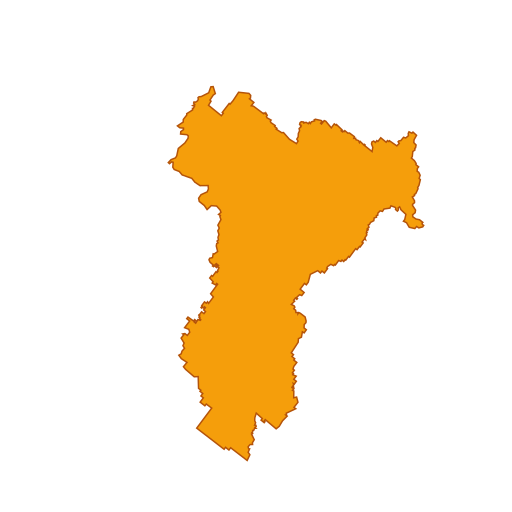 Cootamundra-Gundagai, New South Wales, Australia (Equal Earth projection), rotated 209°
{"feature_id": "25037944B16131127641558", "entity_name": "Cootamundra-Gundagai", "entity_type": "district", "adm_level": 2, "iso_a3": "AUS", "parent_name": "Australia", "parent_adm1": "New South Wales", "projection": "equal_earth", "projection_center": [148.025, -34.809], "detail": "fine", "context": "isolated", "style": "filled", "palette": "amber", "viewbox_px": 512, "rotation_deg": 209, "n_neighbors": 0, "source": "geoboundaries", "source_scale": "gbopen_adm2", "svg_char_len": 6153}
<svg xmlns="http://www.w3.org/2000/svg" viewBox="0 0 512 512"><g transform="rotate(209 256 256)"><path d="M174.1,439.4L178.8,440.5L179.2,439.0L182.4,438.8L182.3,437.0L181.0,435.1L182.3,431.8L184.5,431.4L185.3,427.1L186.8,426.0L187.1,424.8L185.3,423.9L186.2,420.6L195.2,421.5L195.3,420.5L197.0,420.7L197.3,418.6L204.2,419.9L204.9,415.3L206.3,415.5L206.6,413.2L208.8,413.6L209.9,412.0L209.3,410.0L206.5,407.6L205.1,403.6L214.5,405.2L214.4,406.0L215.4,406.2L215.6,405.4L220.4,406.7L220.5,405.3L222.2,406.6L225.0,406.2L226.0,407.3L227.5,406.3L227.8,408.1L233.8,408.9L235.3,408.0L239.1,408.7L239.3,407.4L240.5,407.5L240.6,406.5L242.2,406.8L242.0,408.1L249.3,410.0L249.4,409.2L251.6,409.5L252.3,404.6L260.3,407.7L262.0,407.5L262.7,403.2L263.8,403.4L263.4,405.8L264.7,406.1L270.4,404.4L271.1,403.3L270.3,402.6L272.6,400.2L272.7,398.2L274.2,398.8L274.4,397.1L277.0,397.2L278.7,395.5L279.3,396.3L281.5,395.4L282.1,394.1L281.7,392.3L280.0,392.2L280.3,391.4L279.3,390.9L280.1,388.4L278.6,386.6L278.4,383.7L276.9,380.7L277.0,378.0L274.9,376.9L275.1,373.9L283.3,374.3L291.8,377.3L293.3,376.3L299.8,376.7L299.6,377.8L302.5,378.3L302.5,379.4L307.6,379.9L308.9,380.9L308.7,382.2L313.4,382.2L314.6,383.2L314.4,384.5L316.8,385.9L316.7,384.9L318.3,385.1L318.5,384.1L330.8,385.8L333.0,385.1L332.3,389.3L337.9,390.3L337.4,391.4L338.5,393.9L341.0,394.8L350.6,390.8L351.4,380.6L352.3,376.2L353.4,376.4L355.1,365.2L353.8,365.0L354.3,361.9L370.6,364.8L370.4,369.6L371.9,370.1L371.4,376.1L370.3,378.3L375.6,383.4L377.5,382.1L376.5,375.8L381.2,368.9L383.0,367.7L383.5,366.4L382.4,365.1L382.4,363.2L383.5,361.2L384.9,360.7L384.7,359.5L383.1,358.8L384.2,356.9L382.4,357.3L382.4,354.6L383.1,354.3L382.3,352.9L385.6,346.9L384.9,345.8L385.8,340.2L384.6,337.9L387.8,331.7L384.8,331.2L381.4,332.7L380.7,331.4L382.1,328.3L381.1,326.1L375.2,328.6L373.5,328.3L372.5,326.0L373.0,320.4L376.1,312.4L373.9,305.2L374.0,302.8L377.0,299.1L378.0,295.2L376.4,294.8L375.4,297.4L373.9,297.8L371.8,293.3L369.5,292.0L364.1,292.7L359.9,291.1L349.8,292.8L345.2,290.9L339.1,290.4L332.0,294.4L330.1,291.5L329.8,288.4L333.8,283.0L334.2,278.7L332.1,276.2L325.7,275.1L321.3,272.9L319.5,278.4L314.6,280.6L309.6,278.8L307.8,277.2L308.9,274.2L306.8,274.2L306.7,273.0L304.3,270.8L304.3,264.5L301.7,262.6L301.6,259.5L298.8,256.8L298.3,253.9L296.6,251.8L297.3,250.2L295.6,249.1L296.4,247.8L295.6,245.5L291.7,241.3L293.6,237.4L294.5,237.2L293.3,233.5L295.4,231.6L295.3,229.9L293.1,228.2L289.0,227.4L289.2,226.2L288.0,226.1L287.8,227.3L284.9,226.8L284.7,228.4L287.5,228.9L287.0,230.1L284.2,229.6L284.5,228.0L282.7,227.7L282.5,224.3L281.9,224.2L282.1,222.6L283.4,222.8L284.1,217.2L285.4,217.4L285.8,214.3L281.0,212.7L281.2,211.1L277.3,211.1L277.1,212.9L275.9,212.7L277.4,201.0L273.4,199.5L274.5,191.6L276.2,192.5L276.5,190.6L278.8,190.9L279.4,186.4L278.8,186.3L279.1,184.3L278.2,184.1L278.0,185.4L276.7,185.1L276.5,186.6L275.2,186.3L275.6,183.5L273.2,182.9L273.6,180.4L276.5,180.8L277.1,176.8L278.0,176.6L276.1,176.3L276.3,174.9L274.9,174.7L275.0,172.9L273.8,172.8L273.3,174.1L273.5,172.7L276.0,172.2L276.2,168.0L277.9,168.3L277.6,170.4L278.8,170.7L279.1,168.9L285.9,169.6L286.2,167.6L282.5,167.0L283.7,158.7L279.2,159.3L277.0,157.2L277.6,153.2L280.6,153.7L282.3,152.3L281.0,152.0L281.7,147.9L276.7,145.0L276.4,142.1L273.8,140.7L274.6,136.9L274.0,134.2L275.4,131.8L271.5,130.0L264.8,129.5L265.8,124.0L262.6,122.7L251.5,120.4L248.1,122.5L242.1,112.4L239.2,111.9L239.4,110.5L235.9,109.9L236.3,106.9L233.3,106.4L234.0,101.1L228.1,100.2L227.7,102.4L221.0,101.5L224.4,76.7L190.2,71.5L189.9,73.9L185.6,73.2L185.2,76.0L164.6,72.9L165.0,79.2L167.7,80.5L168.1,84.2L169.0,83.8L170.4,85.3L169.8,88.2L167.6,89.5L168.6,90.9L168.5,94.5L173.6,98.1L172.9,99.1L174.0,99.6L173.6,100.4L174.3,101.8L173.5,102.4L173.7,104.7L172.8,105.2L173.8,105.4L173.2,106.9L174.0,107.9L175.2,107.4L175.5,110.0L177.2,111.2L178.6,113.9L179.6,118.7L171.7,116.9L172.0,114.9L168.0,114.2L167.8,115.4L168.8,115.6L168.6,117.4L154.6,114.6L153.1,118.3L152.9,124.7L151.1,131.1L153.0,131.4L152.4,132.0L153.3,133.2L147.2,141.7L149.4,142.0L148.4,148.4L152.1,152.3L154.3,150.3L157.5,156.3L158.9,156.2L158.5,158.4L160.0,160.1L160.3,158.3L160.9,158.5L160.6,161.5L161.5,162.5L160.4,162.3L160.0,166.0L163.2,166.5L162.6,170.4L166.3,170.0L166.2,171.3L167.5,171.5L167.1,174.7L168.8,175.0L169.4,177.7L168.7,182.7L172.5,183.3L172.3,184.9L175.8,185.5L175.4,187.9L178.2,188.4L177.3,201.0L178.8,204.3L176.9,207.0L178.7,212.2L176.6,212.1L176.2,215.9L179.1,216.4L180.6,219.4L180.0,221.9L180.7,223.5L183.5,226.5L189.5,227.4L191.1,227.3L191.3,225.9L191.8,226.9L193.7,225.9L195.0,227.8L197.4,228.2L197.2,230.1L198.5,230.9L201.6,230.8L200.3,235.2L201.6,235.5L201.2,238.3L199.3,237.9L199.1,238.9L200.5,239.1L199.9,241.0L199.1,243.3L196.8,243.6L196.2,247.4L201.3,248.4L200.3,255.5L198.0,255.2L197.6,258.4L199.6,266.3L194.9,273.1L191.4,272.4L191.0,274.8L188.0,274.3L187.3,279.6L188.3,279.7L188.3,281.5L186.5,285.0L183.4,285.2L183.1,286.7L182.2,286.6L181.5,292.1L179.1,292.4L178.8,294.1L176.6,293.7L176.3,296.0L175.5,295.9L174.8,300.5L173.7,300.3L172.4,310.7L170.7,310.5L170.1,314.5L169.3,314.4L168.6,319.4L170.0,319.6L169.4,323.5L168.2,323.4L169.6,324.7L169.3,328.2L170.4,329.2L170.2,330.3L170.9,330.3L171.6,333.1L170.7,332.8L170.8,333.7L171.9,334.1L171.1,335.8L172.9,337.7L172.1,338.7L172.1,340.9L170.1,344.0L171.1,346.6L169.4,348.3L170.3,349.8L169.3,350.7L170.2,352.6L169.3,355.7L167.0,356.3L166.8,359.2L162.1,362.8L162.3,365.3L158.1,366.0L156.9,365.6L156.5,364.3L154.1,363.8L153.8,365.3L155.0,367.1L154.2,368.6L151.6,366.7L145.1,365.1L143.6,360.0L143.9,357.9L140.5,358.1L135.9,355.4L130.4,357.0L129.8,359.7L127.2,359.5L124.3,362.3L124.2,364.1L125.8,364.2L126.7,365.3L126.4,366.3L130.6,367.0L134.0,365.9L137.8,366.3L139.0,368.0L137.8,371.0L138.7,373.5L143.7,376.2L144.1,377.1L143.2,379.5L144.1,381.1L147.9,383.4L146.6,385.7L147.3,386.6L146.5,388.1L146.9,393.4L147.8,394.3L147.7,396.7L149.3,402.5L150.9,402.9L151.6,406.2L154.2,408.1L156.2,408.3L157.3,410.8L157.0,412.8L160.4,413.4L160.8,414.6L163.7,416.2L167.6,417.0L167.5,418.7L169.5,423.4L168.4,425.7L169.3,427.1L168.9,428.0L169.8,430.7L173.0,431.7L174.1,434.3L174.1,439.4Z" fill="#f59e0b" stroke="#b45309" stroke-width="1.5"/></g></svg>